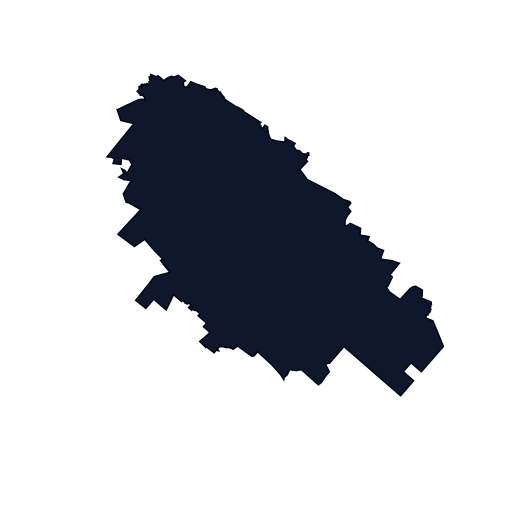 outline of Madera, Chihuahua, Mexico, rotated 131°
{"feature_id": "50627088B30045801041886", "entity_name": "Madera", "entity_type": "district", "adm_level": 2, "iso_a3": "MEX", "parent_name": "Mexico", "parent_adm1": "Chihuahua", "projection": "equal_earth", "projection_center": [-108.34, 29.346], "detail": "fine", "context": "isolated", "style": "filled", "palette": "ink", "viewbox_px": 512, "rotation_deg": 131, "n_neighbors": 0, "source": "geoboundaries", "source_scale": "gbopen_adm2", "svg_char_len": 5961}
<svg xmlns="http://www.w3.org/2000/svg" viewBox="0 0 512 512"><g transform="rotate(131 256 256)"><path d="M177.2,92.2L175.8,93.8L179.1,103.2L178.9,103.8L177.4,104.2L172.9,107.8L172.7,108.1L172.6,108.5L173.4,112.1L174.1,115.6L175.3,116.7L176.5,117.4L179.0,118.2L180.4,118.4L192.4,118.6L194.2,118.7L195.6,132.3L194.8,133.5L194.3,137.0L192.6,136.6L182.4,139.3L182.4,142.6L167.3,143.1L167.9,144.3L170.4,150.4L176.6,160.0L168.2,163.4L170.5,170.0L170.1,175.2L171.3,181.8L167.1,183.3L172.0,191.1L166.5,195.3L169.4,205.8L169.6,206.1L170.4,206.5L171.5,206.7L173.7,207.5L174.6,208.1L174.9,208.5L170.6,212.3L165.6,213.4L160.2,213.7L159.1,218.9L153.8,219.2L153.5,221.1L156.1,227.3L157.0,236.2L157.0,236.7L164.7,267.5L161.8,279.7L150.8,279.2L150.8,281.0L148.3,282.4L148.0,282.0L146.3,283.0L145.4,282.2L144.7,283.3L144.3,283.2L143.8,283.4L143.7,283.5L143.6,283.9L143.7,284.1L144.3,284.8L146.1,284.8L148.3,288.0L148.0,292.4L149.7,294.9L148.6,300.0L145.4,300.3L146.5,306.2L146.7,306.4L147.3,308.2L147.4,308.8L147.4,309.8L147.2,311.3L147.4,311.8L151.1,308.9L155.6,315.8L157.7,320.1L158.1,322.3L155.8,326.5L151.7,331.4L150.9,331.9L151.4,335.2L155.1,334.7L155.3,334.8L155.5,336.0L155.2,337.7L154.3,338.0L154.7,339.9L154.1,340.0L152.1,340.0L155.1,360.3L154.4,360.9L155.4,366.5L155.9,365.7L158.1,380.8L158.1,382.3L157.4,383.4L156.7,387.3L156.5,388.2L156.3,389.9L156.1,390.1L155.8,389.9L155.6,390.1L155.8,390.7L156.2,390.8L156.5,391.8L156.2,392.7L156.2,394.1L156.1,394.3L155.9,394.4L155.4,395.1L155.6,395.4L155.9,395.3L156.0,395.1L156.3,395.2L156.3,395.8L156.0,396.1L155.9,396.4L156.1,396.7L158.8,398.2L160.6,399.3L161.8,402.0L162.6,403.1L161.9,405.7L165.4,413.8L167.3,419.6L173.7,418.9L175.0,420.6L174.9,422.4L173.3,424.1L172.2,424.9L170.1,424.1L170.6,433.1L173.6,434.7L174.7,434.9L175.7,437.6L179.0,439.4L184.2,440.8L184.2,448.0L186.2,449.2L188.1,454.4L188.3,454.1L188.8,453.9L189.0,453.5L189.7,453.2L190.3,453.4L190.3,453.8L190.8,453.9L191.1,454.1L191.4,453.8L191.6,453.0L191.7,452.7L191.9,452.6L192.4,452.5L192.3,452.0L192.4,451.9L192.6,451.8L192.8,451.5L193.0,451.3L193.0,451.2L193.4,450.9L194.6,450.6L194.8,451.1L195.1,451.1L195.1,450.9L194.9,450.7L195.0,449.6L195.5,449.4L195.6,449.2L195.8,449.2L195.9,449.6L196.7,449.8L197.2,450.4L197.3,450.8L197.5,450.8L197.7,450.5L197.8,450.5L198.0,451.1L197.9,451.3L197.7,451.3L197.7,451.6L197.8,451.8L198.4,451.6L198.7,451.7L199.0,451.4L199.2,451.6L199.2,452.1L199.3,452.4L199.8,451.9L200.1,452.1L200.5,452.8L200.5,453.5L200.9,453.9L201.0,453.5L201.0,454.7L201.1,454.8L201.7,454.8L201.6,454.4L201.8,454.2L201.7,453.9L201.8,453.7L201.9,453.8L202.2,454.2L202.6,454.2L202.7,454.7L202.8,454.8L203.1,454.2L203.7,454.2L203.8,453.8L204.0,454.3L204.2,454.2L204.3,454.3L204.6,455.4L204.8,455.5L204.9,455.4L204.8,454.8L205.2,454.5L205.2,454.3L205.3,454.1L205.9,454.3L205.9,454.0L206.3,453.6L207.3,453.6L207.5,453.4L207.5,453.2L207.7,452.8L207.9,452.7L208.1,452.6L208.5,453.0L208.7,453.6L208.8,453.8L209.7,453.7L209.8,453.4L209.8,452.2L210.0,450.8L210.0,450.6L209.5,450.2L209.9,449.4L210.4,449.2L210.6,448.9L210.5,448.6L210.2,448.4L209.9,448.0L209.3,447.7L208.9,447.5L208.8,447.3L209.0,446.9L209.1,446.6L208.9,446.1L208.9,445.8L209.3,445.5L209.4,445.1L209.3,444.4L209.5,443.9L210.8,442.6L211.2,442.0L211.6,443.7L214.3,446.8L227.2,452.6L236.4,456.5L236.6,456.8L242.4,446.9L236.2,435.0L278.9,433.5L278.3,432.4L276.5,430.4L275.5,426.5L280.0,424.6L275.4,418.0L270.5,421.7L266.6,414.7L268.2,409.7L278.2,407.6L277.4,410.9L278.3,414.5L280.3,410.4L281.2,410.0L286.6,411.3L285.2,407.3L285.3,406.1L281.6,401.0L281.2,399.6L285.9,398.9L296.2,396.9L300.7,389.2L299.3,386.8L296.6,373.4L330.2,374.5L328.6,354.0L316.4,350.9L318.4,337.9L319.5,324.4L322.0,325.1L323.4,318.9L324.7,310.4L328.7,312.7L329.1,313.1L338.4,319.3L345.4,318.7L368.4,317.7L367.8,304.8L355.7,304.8L355.7,295.0L355.6,288.4L339.3,292.8L339.2,282.4L338.4,282.5L337.8,281.7L337.7,280.5L337.5,280.3L337.2,280.1L337.2,279.8L337.5,279.6L337.6,279.3L337.9,278.9L338.1,278.7L337.8,278.0L337.5,276.7L336.8,276.0L336.2,275.8L335.9,275.6L335.7,275.2L335.4,273.1L335.7,273.0L339.2,273.0L339.2,268.9L337.5,268.8L337.5,266.8L337.0,266.3L336.3,266.3L336.3,260.5L339.1,260.5L339.1,249.3L343.9,249.3L343.8,240.9L344.7,240.9L344.7,240.5L357.4,242.4L358.0,234.1L357.2,234.1L356.5,224.1L352.9,224.2L352.7,223.1L352.4,222.5L352.0,221.9L351.7,222.5L351.6,224.1L348.6,224.2L346.2,221.6L345.9,221.0L345.5,220.3L345.1,219.1L344.4,218.3L344.3,217.8L343.8,217.7L343.2,217.3L343.1,216.7L342.1,214.9L342.1,214.2L341.8,213.9L341.5,213.1L341.5,212.1L336.0,210.7L334.4,193.5L333.3,192.4L332.4,191.9L327.2,192.0L327.7,172.6L329.3,159.9L331.1,153.9L328.6,155.4L327.9,155.1L327.6,154.7L327.3,154.8L327.0,154.7L326.7,154.9L326.5,154.7L325.7,154.9L325.6,154.7L325.5,154.8L325.0,154.6L324.6,154.7L324.0,155.1L324.0,155.3L323.4,154.9L323.0,154.9L322.5,155.4L322.3,155.6L322.3,155.9L322.1,155.7L321.6,155.6L321.3,156.1L321.0,156.2L320.5,155.7L320.0,155.6L319.1,155.9L318.5,154.8L318.4,154.5L318.5,154.2L318.2,154.0L318.2,153.3L317.7,153.2L317.4,153.3L317.3,153.2L317.3,152.7L316.9,151.7L316.5,151.7L316.4,151.1L316.4,150.7L315.8,150.2L315.6,150.2L312.3,147.3L312.0,146.4L312.3,124.4L308.5,123.7L301.4,124.6L295.3,124.7L292.0,132.8L288.5,130.2L266.7,130.2L266.6,100.6L266.7,85.6L266.6,55.2L246.7,55.2L246.7,68.9L234.9,68.9L234.9,55.3L201.3,55.2L188.9,79.9L191.1,86.5L191.2,87.7L190.8,87.9L190.7,87.6L190.4,87.9L190.0,88.1L190.0,88.4L189.4,88.7L189.0,88.4L188.4,88.3L187.9,87.8L187.8,88.0L187.6,88.0L187.4,87.8L187.2,88.1L186.6,88.2L186.0,88.4L185.9,88.3L185.8,88.6L185.7,88.7L185.3,88.6L185.2,88.7L184.6,88.3L184.4,88.3L184.3,88.5L184.2,88.4L184.3,88.3L184.3,88.1L184.1,88.0L184.0,88.3L183.4,88.5L183.2,88.4L183.1,88.7L182.8,89.1L182.2,88.8L181.9,88.8L181.9,89.3L181.8,89.5L181.6,89.5L181.4,89.3L180.8,90.1L180.8,90.4L180.9,90.7L180.1,90.9L179.5,90.9L179.4,91.0L179.6,91.2L179.6,91.6L179.2,91.9L178.6,91.7L177.8,92.0L177.7,92.1L177.7,92.5L177.6,92.9L177.4,92.8L177.2,92.2Z" fill="#0f172a" stroke="#020617" stroke-width="1.5"/></g></svg>